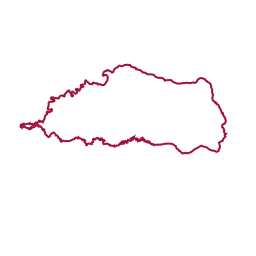 Pore, Casanare, Colombia, rotated 151°
{"feature_id": "7082276B49773009508333", "entity_name": "Pore", "entity_type": "district", "adm_level": 2, "iso_a3": "COL", "parent_name": "Colombia", "parent_adm1": "Casanare", "projection": "albers", "projection_center": [-71.878, 5.684], "detail": "fine", "context": "isolated", "style": "outline", "palette": "rose", "viewbox_px": 256, "rotation_deg": 151, "n_neighbors": 0, "source": "geoboundaries", "source_scale": "gbopen_adm2", "svg_char_len": 5980}
<svg xmlns="http://www.w3.org/2000/svg" viewBox="0 0 256 256"><g transform="rotate(151 128 128)"><path d="M100.8,184.8L102.6,184.7L103.2,185.0L103.9,185.3L105.2,186.7L105.8,186.8L107.7,186.2L109.1,186.4L110.7,186.2L112.1,185.6L113.8,184.2L114.8,184.1L115.3,184.5L115.5,185.5L117.7,188.6L118.3,188.6L119.1,188.3L119.9,188.8L122.0,188.7L124.2,186.8L124.5,186.1L124.1,185.5L122.5,185.6L121.3,185.0L120.9,183.2L121.2,181.8L123.0,179.6L127.1,177.5L128.2,177.3L130.2,178.3L131.3,180.0L133.3,180.6L133.5,181.4L133.2,181.9L135.5,183.3L135.7,183.8L136.2,184.0L136.2,184.4L136.8,184.5L136.9,184.2L138.1,183.6L140.1,185.0L141.9,190.2L142.9,189.7L143.9,187.9L144.6,187.4L145.5,187.4L147.7,188.5L148.3,188.5L148.8,188.1L148.8,187.7L147.5,185.9L150.3,186.0L152.0,184.4L152.6,184.4L153.0,184.8L153.0,186.0L153.6,187.0L154.9,187.1L155.1,186.6L154.6,184.7L155.5,183.7L156.6,183.3L157.5,183.5L158.6,186.6L159.2,186.8L160.1,186.6L160.9,185.7L160.3,183.4L160.5,182.8L161.1,182.5L161.6,182.8L161.9,183.9L161.4,185.0L161.3,186.4L161.6,187.7L161.2,189.1L161.6,189.6L162.2,189.6L162.7,189.2L163.4,189.4L164.9,188.6L166.3,188.5L167.3,187.8L167.5,187.1L168.2,186.4L169.0,186.9L169.2,188.0L170.7,188.8L172.2,188.8L173.9,187.7L174.9,187.6L175.9,188.8L178.1,190.0L178.7,191.3L180.2,191.9L180.9,191.6L181.1,190.8L180.1,189.2L179.0,188.3L178.9,187.6L179.5,187.3L180.8,187.3L183.7,188.9L184.7,188.9L185.2,188.5L186.3,186.4L189.0,183.7L188.9,182.9L188.4,182.4L185.7,181.5L185.5,181.1L186.0,180.2L186.6,179.9L189.2,179.9L190.7,181.4L191.1,181.4L191.7,180.7L191.8,179.4L194.0,179.1L195.6,177.9L196.5,176.5L198.2,175.5L199.7,174.2L200.2,174.8L200.0,175.5L200.7,176.0L201.2,176.0L201.8,177.1L202.2,176.7L202.4,177.4L205.1,176.4L205.5,177.0L206.1,177.1L206.2,177.5L207.0,177.3L208.0,176.5L209.5,176.6L210.0,177.1L209.5,177.8L211.2,178.7L211.3,179.7L212.1,179.2L212.4,179.8L213.2,180.0L213.5,180.5L216.5,180.9L217.0,181.7L216.9,182.1L217.9,182.6L219.1,182.2L219.9,182.8L220.3,182.7L221.4,181.2L220.7,179.6L219.9,180.5L219.0,180.4L218.9,179.9L218.5,180.1L216.5,177.1L215.1,176.2L215.2,175.0L214.3,174.5L212.8,174.4L212.9,175.6L212.2,175.9L210.3,174.4L208.5,174.4L207.2,174.9L206.3,174.8L204.9,174.3L204.8,174.0L205.7,173.3L205.5,172.5L203.7,171.9L203.9,171.4L203.3,170.5L203.2,169.6L203.5,168.7L203.1,167.8L202.5,167.9L202.3,167.6L203.1,167.2L202.3,166.6L202.8,166.1L202.7,164.0L203.3,162.9L203.3,162.3L202.9,161.9L202.3,159.4L201.9,158.7L200.5,158.5L199.7,159.3L198.6,159.9L195.9,160.3L195.2,160.1L194.4,157.8L194.7,156.5L193.9,156.1L193.2,154.5L193.8,153.3L193.0,152.5L193.2,151.6L192.1,150.6L192.2,149.9L193.0,150.2L193.3,149.8L193.4,148.9L193.0,148.4L190.8,148.3L189.1,146.7L187.3,146.1L186.3,145.3L184.1,144.8L181.8,144.8L180.3,144.2L180.1,144.6L178.6,145.0L177.6,144.4L177.0,143.3L175.8,144.0L175.7,142.6L174.5,141.9L173.8,140.4L173.8,139.4L172.5,139.5L172.5,138.6L171.8,138.4L171.5,138.0L171.5,137.5L172.9,136.6L172.3,135.3L172.4,134.0L172.8,133.5L172.7,133.0L172.0,133.0L171.1,133.7L170.0,133.6L167.5,131.4L167.2,131.5L167.1,132.5L166.0,132.9L165.3,132.7L165.0,133.5L164.1,133.9L163.9,134.2L164.1,135.1L163.8,135.3L163.0,135.1L162.3,134.0L161.5,134.3L159.5,134.2L159.2,133.9L159.1,132.5L158.2,131.7L158.5,131.4L158.4,131.1L157.8,130.8L157.5,131.1L157.6,131.9L157.3,132.2L156.4,132.0L156.1,131.7L156.5,130.3L155.8,130.0L156.2,129.5L156.0,129.1L155.6,129.0L155.2,129.4L154.8,129.2L154.6,128.2L154.8,128.0L156.3,128.1L157.0,127.1L157.1,125.7L155.4,124.9L153.7,124.6L152.9,122.7L151.8,122.1L151.9,121.0L150.6,120.4L149.9,119.6L148.7,119.4L149.0,118.8L148.5,118.0L146.7,118.3L144.5,117.3L143.5,118.0L142.6,117.6L142.2,118.4L141.5,118.7L141.0,118.2L140.9,117.3L140.5,117.3L139.7,116.3L139.4,116.4L139.9,117.4L139.4,118.2L139.5,118.9L139.0,118.8L138.3,118.6L138.4,118.1L138.7,118.0L138.4,117.3L137.5,117.1L136.7,117.8L136.1,117.6L136.1,117.2L137.0,116.5L136.5,115.7L135.4,115.5L135.1,116.3L133.9,117.5L133.0,116.3L131.6,115.3L130.8,115.6L131.4,116.4L131.1,117.4L130.7,117.3L129.6,115.7L129.1,115.5L128.5,115.9L129.5,116.9L129.2,117.5L128.8,117.5L128.8,117.2L127.8,116.8L127.7,117.2L127.1,117.3L128.0,116.4L127.2,116.2L126.4,114.8L126.5,114.4L125.6,114.8L125.1,114.0L126.0,113.0L125.2,112.3L125.5,111.7L125.1,111.8L124.4,112.7L124.2,112.6L124.4,111.9L123.9,111.5L123.8,111.0L122.6,111.0L122.7,111.6L121.6,112.4L120.1,112.6L119.9,112.0L121.1,110.8L120.8,110.3L120.0,110.6L119.3,110.1L119.5,109.7L119.9,109.7L120.1,108.4L119.0,108.4L118.9,107.2L117.9,106.7L118.1,106.1L117.1,105.2L117.4,106.1L117.0,106.9L116.3,106.1L116.3,105.2L115.7,104.9L115.7,103.0L115.2,102.7L114.9,101.8L113.9,101.8L113.9,101.2L113.4,100.8L113.4,100.2L112.5,100.2L106.7,97.3L103.5,96.4L99.7,94.5L97.1,92.7L95.0,88.9L95.4,87.7L95.1,85.8L94.4,84.5L94.4,83.3L93.7,82.6L93.1,80.1L92.6,79.2L91.7,79.2L90.0,78.1L89.5,78.3L88.2,77.0L84.5,76.3L79.1,77.2L77.9,76.9L73.0,77.1L72.2,76.8L71.9,76.7L71.6,75.6L70.2,74.7L68.5,72.8L67.6,70.5L66.1,68.1L63.9,66.6L62.3,64.4L61.8,64.1L59.9,64.1L59.3,65.1L58.1,65.5L56.9,66.7L56.2,68.4L55.6,71.0L53.2,71.2L51.6,70.9L49.7,72.4L46.9,73.2L47.0,74.7L45.1,75.4L45.7,76.0L46.0,77.0L45.8,78.5L44.8,79.3L44.7,82.1L45.2,83.2L44.7,83.7L44.4,84.6L44.1,84.9L42.7,85.2L41.3,84.9L39.5,86.2L38.8,87.1L38.7,88.2L38.2,89.7L38.4,90.8L38.4,93.7L37.8,94.9L38.6,95.4L38.6,96.1L38.2,97.5L38.0,100.3L38.2,101.3L37.7,103.6L38.3,105.6L38.7,105.6L39.4,107.5L38.7,107.8L40.0,109.7L40.4,111.1L39.9,113.2L38.8,114.2L38.4,115.1L37.5,115.7L37.3,118.5L36.3,119.6L35.8,120.9L35.4,123.6L34.6,125.2L34.7,127.6L36.0,129.5L36.4,131.1L37.0,131.8L37.2,133.7L38.5,134.8L39.2,135.9L41.0,136.7L43.4,136.5L45.6,135.1L47.6,135.0L49.4,136.5L51.6,136.9L54.3,138.9L62.1,142.2L63.5,143.1L66.2,146.3L67.0,149.0L71.6,151.4L72.8,151.5L73.0,154.0L74.8,156.0L76.4,156.6L77.9,157.9L79.3,159.9L79.5,161.3L80.1,162.5L82.5,164.2L84.6,165.3L85.4,166.3L85.9,167.8L86.6,168.2L87.1,168.9L88.3,169.5L88.3,170.4L89.4,172.8L92.5,175.6L92.1,177.1L93.8,178.2L94.4,179.2L95.5,180.1L95.6,182.2L97.0,182.6L97.7,183.6L100.8,184.8Z" fill="none" stroke="#9f1239" stroke-width="2"/></g></svg>